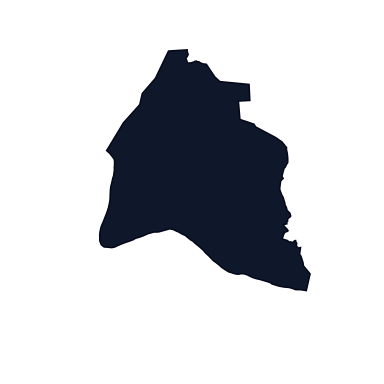 outline of Ihiala, Anambra, Nigeria, rotated 65°
{"feature_id": "59680162B44242102017414", "entity_name": "Ihiala", "entity_type": "district", "adm_level": 2, "iso_a3": "NGA", "parent_name": "Nigeria", "parent_adm1": "Anambra", "projection": "albers", "projection_center": [6.885, 5.839], "detail": "fine", "context": "isolated", "style": "filled", "palette": "ink", "viewbox_px": 384, "rotation_deg": 65, "n_neighbors": 0, "source": "geoboundaries", "source_scale": "gbopen_adm2", "svg_char_len": 2895}
<svg xmlns="http://www.w3.org/2000/svg" viewBox="0 0 384 384"><g transform="rotate(65 192 192)"><path d="M191.9,87.5L184.9,89.2L178.1,93.1L172.9,97.0L159.9,106.8L156.7,107.2L146.5,117.9L129.2,111.5L133.5,100.9L118.6,94.8L103.7,120.1L97.3,122.7L82.3,125.0L80.3,128.2L78.2,130.0L77.5,130.5L76.9,130.7L76.1,132.1L75.1,132.8L74.8,134.4L75.0,135.1L74.9,135.9L74.7,136.5L74.6,138.3L74.0,139.6L73.7,141.3L71.8,141.3L68.2,141.1L67.9,140.2L67.3,139.7L67.3,139.2L66.4,138.1L65.8,137.4L65.3,137.3L64.5,137.1L63.5,137.2L62.9,136.9L62.5,136.9L61.1,136.3L54.3,153.7L73.5,177.1L81.7,195.4L90.7,202.4L100.4,225.1L103.9,230.2L118.4,251.9L122.3,250.2L129.2,248.6L131.4,249.2L134.2,250.5L137.0,252.1L139.2,253.0L142.3,255.0L144.2,256.2L145.8,257.8L149.2,260.4L153.2,263.6L155.4,264.9L159.5,267.1L161.9,268.3L165.1,270.0L168.5,272.5L171.0,274.4L171.8,275.2L173.5,276.7L176.3,279.5L178.7,282.1L179.3,282.7L181.8,285.3L183.4,287.2L184.9,288.8L186.8,290.4L187.3,290.7L189.3,292.3L189.7,292.5L192.1,293.9L194.3,294.8L196.8,296.1L199.0,296.4L201.5,296.5L201.7,296.4L204.7,294.9L205.1,294.1L206.6,291.4L208.5,288.3L209.2,285.5L209.2,281.3L209.3,277.9L209.6,273.4L210.0,270.3L210.4,265.6L210.1,262.7L210.8,258.3L211.1,254.8L211.2,249.1L211.4,248.1L211.6,247.1L212.2,243.4L213.6,240.4L214.1,239.0L214.8,234.9L215.5,230.8L215.9,228.0L217.5,225.5L217.8,225.2L218.2,224.8L220.9,222.6L222.5,221.1L225.7,218.9L228.6,216.4L231.5,215.1L232.0,214.8L234.6,213.6L236.8,212.0L239.9,210.8L240.6,210.4L240.8,210.4L244.1,208.7L249.4,206.4L252.9,205.5L256.7,203.9L260.1,202.7L263.6,201.5L265.8,200.2L269.6,198.3L272.4,197.1L274.4,196.0L274.7,195.8L276.7,194.6L277.2,194.3L280.0,192.4L281.6,190.5L282.6,189.5L283.8,188.1L284.5,187.4L286.1,184.9L286.8,182.0L287.9,179.9L288.4,179.2L290.3,177.0L290.5,176.9L290.7,176.7L292.8,175.1L295.4,172.9L297.9,170.1L299.8,167.6L302.9,164.1L306.1,160.5L306.8,159.7L309.3,158.2L314.1,152.9L317.0,148.8L319.6,144.3L321.5,142.1L324.3,139.3L326.6,134.6L329.2,130.8L329.7,130.1L316.1,119.6L305.9,122.2L302.8,121.2L296.1,120.4L293.9,120.8L288.2,117.1L287.8,119.2L285.6,120.1L284.5,120.0L283.8,119.5L283.1,118.9L282.3,118.8L281.8,118.9L280.8,118.9L279.8,118.6L279.6,119.1L279.7,120.2L280.5,122.0L280.0,122.3L279.4,123.3L278.7,123.9L278.7,124.9L276.2,126.1L273.3,129.4L273.2,130.0L272.4,129.7L271.2,128.8L268.2,125.8L267.7,123.7L268.0,122.5L267.7,121.3L265.6,121.6L264.8,121.9L262.0,122.9L261.4,123.0L260.1,123.0L260.4,122.2L260.9,119.4L260.1,119.4L259.5,118.9L259.3,118.5L258.7,117.5L257.5,117.2L256.6,116.2L255.9,113.2L255.5,112.7L252.7,112.2L251.5,112.6L249.2,113.5L248.3,113.5L246.6,113.1L243.6,113.0L242.7,113.3L241.4,112.5L238.7,112.2L235.5,111.7L233.1,111.9L228.1,111.6L226.0,111.1L219.5,107.0L218.2,103.6L215.8,103.9L212.2,100.9L209.5,98.6L208.8,96.9L207.1,94.9L205.8,92.8L203.3,91.6L201.2,90.7L197.5,89.4L193.4,88.4L192.6,88.2L191.9,87.5Z" fill="#0f172a" stroke="#020617" stroke-width="1.5"/></g></svg>